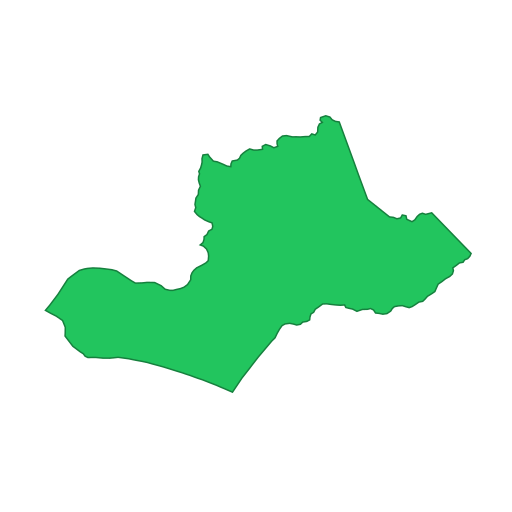 the district of Estância, Sergipe, Brazil, rotated 85°
{"feature_id": "56859067B51129873984298", "entity_name": "Estância", "entity_type": "district", "adm_level": 2, "iso_a3": "BRA", "parent_name": "Brazil", "parent_adm1": "Sergipe", "projection": "natural_earth1", "projection_center": [-37.403, -11.256], "detail": "fine", "context": "isolated", "style": "filled", "palette": "green", "viewbox_px": 512, "rotation_deg": 85, "n_neighbors": 0, "source": "geoboundaries", "source_scale": "gbopen_adm2", "svg_char_len": 3129}
<svg xmlns="http://www.w3.org/2000/svg" viewBox="0 0 512 512"><g transform="rotate(85 256 256)"><path d="M150.7,300.0L154.3,301.3L157.8,301.5L160.4,302.3L163.5,303.5L166.7,305.6L169.3,305.1L172.1,306.3L175.1,306.7L178.3,306.2L181.7,305.3L185.4,307.5L189.7,308.1L193.1,310.8L196.5,311.6L199.3,312.3L202.6,311.8L206.2,313.4L209.6,311.1L211.8,308.9L213.7,306.3L215.6,304.0L217.7,300.2L219.2,296.9L222.7,296.5L225.5,297.5L227.0,301.0L230.4,303.0L232.2,306.0L234.8,306.3L238.0,307.6L240.1,310.6L241.6,307.5L244.7,304.7L248.6,303.3L251.9,303.2L256.5,304.0L258.5,306.5L260.5,310.8L262.6,316.1L264.9,319.2L267.2,321.2L270.2,322.7L274.0,323.1L278.5,326.7L280.8,330.4L281.9,334.2L282.4,338.1L283.0,341.6L282.7,344.9L281.2,349.4L277.3,353.1L273.6,359.3L272.8,366.8L272.9,371.6L272.5,378.5L269.9,382.2L264.1,389.5L258.8,396.1L257.1,400.8L255.6,407.7L254.6,412.6L253.7,419.5L253.7,425.1L254.0,428.3L255.0,433.3L260.2,441.8L262.6,445.5L276.9,456.6L287.1,465.8L291.8,470.5L295.2,465.5L298.5,460.2L303.4,454.3L310.4,452.2L316.3,452.8L319.1,453.2L330.0,446.3L336.0,439.6L338.4,436.5L340.9,435.0L342.5,432.3L342.8,427.7L343.1,424.4L344.4,417.3L345.0,410.8L345.0,407.0L344.9,402.2L347.3,391.6L348.5,387.7L349.6,383.9L350.9,379.1L352.6,373.5L354.5,368.6L356.6,362.8L358.4,358.0L359.9,354.3L361.8,349.7L364.0,344.4L365.8,339.9L367.6,335.9L369.2,332.1L371.3,327.7L372.9,324.2L374.6,320.2L376.6,316.2L378.6,312.2L381.3,306.7L383.5,302.7L385.7,298.5L388.2,293.9L389.6,291.3L376.2,280.5L372.6,277.1L369.8,274.5L367.7,272.5L364.9,270.0L356.8,262.5L342.0,247.6L339.2,244.2L334.8,241.6L330.9,238.9L327.6,236.1L326.2,232.9L326.0,228.3L327.1,224.5L328.3,221.5L327.9,217.7L325.9,215.2L325.6,211.1L324.3,208.1L321.6,207.6L318.5,206.3L317.1,203.5L314.2,201.6L312.3,198.2L309.6,193.8L309.8,189.7L310.8,185.4L311.7,180.8L312.4,176.3L312.5,172.0L315.1,171.0L316.2,168.0L317.3,164.4L319.9,160.3L318.5,154.7L318.8,149.5L318.3,146.5L320.0,143.6L323.2,141.9L323.9,138.4L325.0,134.7L324.8,130.6L322.6,126.6L320.2,124.8L318.5,122.5L318.1,118.4L318.2,114.5L319.5,111.4L320.8,107.9L320.0,104.9L318.3,101.6L316.1,97.7L315.7,93.9L313.8,91.5L311.1,88.7L308.7,83.9L307.0,80.9L304.0,79.3L299.9,77.0L297.8,73.2L295.2,69.2L293.2,64.7L291.0,61.9L287.8,60.6L285.0,61.0L282.7,57.1L280.6,53.9L280.3,50.3L277.9,48.4L277.1,45.4L274.9,43.0L272.2,41.5L241.6,66.4L228.3,77.2L229.3,83.4L227.9,86.5L228.7,89.4L230.7,92.0L233.9,94.7L235.4,97.6L232.6,102.6L229.0,103.1L227.9,106.7L230.7,108.6L231.2,112.4L229.5,115.7L228.7,119.6L209.4,139.9L183.4,147.0L171.6,150.1L129.7,161.4L128.8,165.2L126.9,168.3L124.0,170.3L122.4,174.3L123.7,179.6L126.3,180.3L128.7,178.3L130.0,181.3L133.1,183.1L137.9,183.8L140.6,186.5L139.2,189.8L141.6,192.5L141.3,197.0L141.3,201.5L140.8,205.4L140.5,209.4L138.7,215.2L138.8,219.2L140.9,222.5L143.2,225.0L146.0,225.2L148.7,224.8L149.7,228.8L147.6,232.1L145.8,236.6L147.3,240.2L150.3,240.2L150.6,245.6L150.3,249.0L148.8,253.0L150.6,256.9L152.5,259.9L154.4,262.3L157.2,263.9L158.8,266.2L159.3,271.4L162.1,272.9L164.8,273.3L163.9,277.1L161.8,280.7L158.8,286.4L157.8,290.2L153.3,293.6L150.5,295.1L150.7,300.0Z" fill="#22c55e" stroke="#15803d" stroke-width="1.5"/></g></svg>